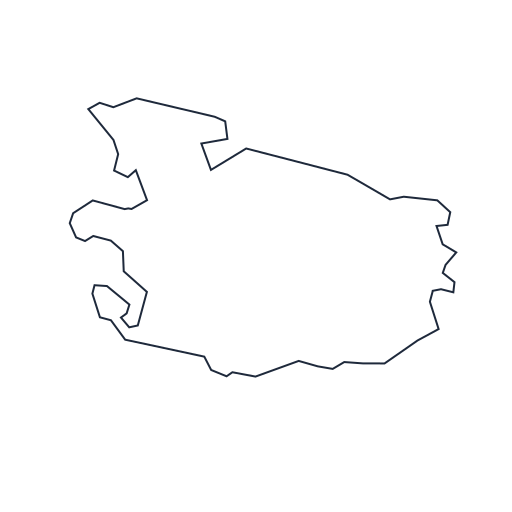 the district of Jumgal, Naryn, Kyrgyzstan, rotated 15°
{"feature_id": "92254566B27312472706206", "entity_name": "Jumgal", "entity_type": "district", "adm_level": 2, "iso_a3": "KGZ", "parent_name": "Kyrgyzstan", "parent_adm1": "Naryn", "projection": "robinson", "projection_center": [74.373, 41.867], "detail": "fine", "context": "isolated", "style": "outline", "palette": "slate", "viewbox_px": 512, "rotation_deg": 15, "n_neighbors": 0, "source": "geoboundaries", "source_scale": "gbopen_adm2", "svg_char_len": 1015}
<svg xmlns="http://www.w3.org/2000/svg" viewBox="0 0 512 512"><g transform="rotate(15 256 256)"><path d="M83.9,244.6L68.3,262.0L67.6,272.5L77.4,284.6L87.0,285.8L93.6,278.8L111.8,278.7L126.2,285.8L132.2,305.0L159.9,318.9L159.8,353.7L152.0,357.7L141.5,350.4L145.9,344.9L146.3,335.7L119.8,323.6L107.6,326.0L107.7,334.7L121.1,355.6L132.5,355.6L151.3,370.7L232.1,366.6L242.2,377.7L258.7,379.8L263.3,374.4L286.7,372.6L324.4,346.3L344.2,346.6L359.3,345.2L368.7,335.6L387.4,332.0L408.0,326.5L433.9,295.8L451.3,279.3L436.4,256.1L435.8,255.1L435.8,245.3L435.7,243.9L443.3,240.2L456.0,240.0L454.5,229.9L440.8,224.0L441.4,215.5L448.5,200.7L433.3,196.4L422.6,180.3L433.0,176.3L432.3,163.4L416.7,155.3L383.4,160.5L370.8,166.6L323.4,153.8L218.7,154.7L190.2,184.5L174.1,161.5L198.1,150.3L191.4,133.9L180.1,132.2L99.9,134.6L79.7,149.2L65.3,148.5L56.0,157.5L88.3,180.8L96.5,193.3L96.8,210.2L111.8,213.0L117.7,204.2L136.3,230.3L123.6,242.8L120.3,243.1L117.0,244.7L83.9,244.6Z" fill="none" stroke="#1e293b" stroke-width="2"/></g></svg>